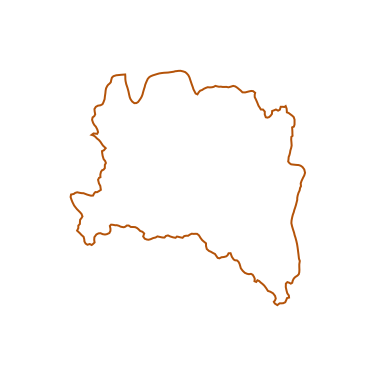 the district of Carmo do Rio Claro, Minas Gerais, Brazil, rotated 340°
{"feature_id": "56859067B34842563425627", "entity_name": "Carmo do Rio Claro", "entity_type": "district", "adm_level": 2, "iso_a3": "BRA", "parent_name": "Brazil", "parent_adm1": "Minas Gerais", "projection": "equal_earth", "projection_center": [-46.114, -20.993], "detail": "fine", "context": "isolated", "style": "outline", "palette": "amber", "viewbox_px": 384, "rotation_deg": 340, "n_neighbors": 0, "source": "geoboundaries", "source_scale": "gbopen_adm2", "svg_char_len": 5139}
<svg xmlns="http://www.w3.org/2000/svg" viewBox="0 0 384 384"><g transform="rotate(340 192 192)"><path d="M269.7,293.7L269.7,291.3L270.2,289.2L270.7,287.1L271.2,284.9L271.8,282.3L272.3,280.0L272.9,276.9L273.3,273.8L273.6,270.3L273.7,267.5L274.0,265.1L274.1,261.8L274.3,258.5L274.7,255.3L275.7,253.0L276.7,251.3L277.7,249.7L279.0,247.8L280.7,245.8L281.9,244.0L283.3,242.3L285.2,239.8L286.9,237.3L288.2,235.4L288.9,233.5L290.0,231.6L291.7,229.3L293.7,227.3L294.9,225.2L296.4,223.8L297.1,221.1L298.7,219.1L299.9,217.9L301.4,216.4L303.1,214.9L304.8,212.6L305.2,209.2L304.4,206.4L303.1,204.5L301.5,203.2L299.7,202.4L297.8,201.5L296.0,200.6L294.6,199.9L293.5,198.3L292.8,196.3L293.8,194.4L294.8,192.2L296.2,190.6L297.5,188.7L298.6,186.7L300.2,184.6L301.5,182.5L302.3,179.8L303.1,176.8L304.2,174.2L305.7,173.6L306.2,171.8L307.0,169.5L307.6,167.6L308.2,165.5L310.1,165.4L311.4,163.7L312.3,161.3L313.1,159.1L313.2,156.4L312.3,154.6L311.0,152.6L309.8,150.8L308.4,149.6L309.4,146.2L309.4,143.3L307.9,143.7L306.5,143.0L304.5,142.3L302.7,144.7L300.7,145.0L299.1,143.2L296.9,143.3L295.0,143.3L293.8,146.0L291.8,147.3L290.0,148.0L288.3,147.9L286.9,147.0L286.9,144.0L287.9,141.3L286.9,138.8L284.9,138.0L284.5,135.8L284.0,133.7L283.9,130.2L283.7,126.9L283.4,124.3L284.2,122.0L285.3,120.4L283.9,118.1L282.2,117.3L280.2,117.0L276.0,116.6L273.5,115.6L272.5,113.4L271.3,111.4L270.2,109.5L268.8,107.6L267.0,106.4L264.8,106.3L262.1,106.1L260.1,104.9L258.7,104.5L256.8,103.8L255.2,102.9L253.3,102.3L251.7,101.3L250.3,100.3L248.3,100.6L246.6,100.4L244.5,99.8L242.6,98.9L240.5,98.9L238.4,99.1L236.4,99.6L234.3,99.6L232.4,100.6L230.5,102.1L229.1,100.7L228.8,98.3L228.5,96.1L228.6,93.9L228.6,90.4L228.7,86.5L228.8,83.5L228.5,81.0L227.7,78.9L226.7,77.1L225.0,75.7L222.7,74.2L220.6,73.5L219.1,73.2L217.6,72.8L215.9,72.7L213.9,72.3L212.0,71.9L210.5,71.6L208.8,71.1L206.5,70.4L204.4,69.9L201.9,69.4L199.3,69.2L197.2,69.1L195.1,69.0L193.0,69.1L191.3,69.4L189.2,70.5L187.3,72.4L185.9,73.9L184.6,75.4L183.5,77.1L182.3,78.6L181.2,80.1L179.9,81.9L178.9,83.4L177.4,85.1L175.9,86.4L173.8,87.9L172.1,89.0L170.2,89.4L168.2,88.8L166.7,86.5L166.0,83.8L165.9,81.8L166.2,79.2L166.7,75.7L167.0,72.1L167.1,68.1L167.5,65.1L168.0,63.0L168.8,60.8L169.4,58.7L167.2,58.1L165.4,57.6L163.4,57.1L160.7,56.4L157.8,56.3L155.9,57.1L154.5,59.0L153.2,61.1L151.5,62.0L150.0,62.5L148.6,63.4L146.7,65.2L145.5,67.2L144.4,69.5L142.9,72.3L141.6,74.9L140.4,76.3L139.3,77.6L137.9,78.9L135.7,79.2L133.1,78.7L130.7,79.1L128.7,80.7L128.1,83.0L127.6,85.9L126.1,87.3L124.1,87.9L122.8,90.0L122.7,93.1L123.1,95.5L124.0,97.8L124.4,100.9L124.2,103.6L122.8,104.9L121.1,104.1L119.5,103.3L117.2,104.0L118.7,105.1L120.0,106.9L121.0,109.2L122.3,111.3L123.1,113.4L123.6,115.6L124.2,117.9L125.9,121.3L123.4,122.7L121.4,122.8L120.9,124.8L120.4,127.4L120.2,130.9L121.0,133.2L121.0,135.3L119.4,136.7L118.2,139.8L116.4,140.8L114.9,140.8L113.3,142.0L111.8,144.3L111.0,146.8L109.5,146.9L107.9,148.4L107.5,152.1L107.9,154.9L107.1,158.8L104.6,159.4L102.7,159.7L101.2,159.0L99.5,159.9L97.8,161.5L95.8,160.9L94.1,159.7L92.6,158.6L91.1,157.3L89.6,156.0L87.8,155.3L85.9,154.2L84.0,153.0L81.9,152.9L80.2,153.4L77.5,153.0L76.2,155.2L76.1,157.7L76.2,160.7L76.6,164.3L77.3,166.6L78.0,168.7L79.1,171.1L79.9,172.8L80.7,174.9L80.7,177.5L79.1,178.8L77.4,179.8L76.5,181.7L75.7,183.7L73.7,184.7L72.8,187.1L70.8,189.0L72.5,192.3L73.5,194.7L74.8,197.0L74.6,199.4L74.0,201.8L74.4,204.1L75.7,205.8L78.1,205.9L79.6,207.5L81.2,207.0L83.2,206.1L83.7,203.6L84.8,201.1L87.6,199.2L90.0,198.9L91.9,199.4L93.7,201.1L95.7,202.2L97.6,202.5L100.3,202.3L102.0,200.7L102.8,198.7L103.2,195.8L104.8,195.0L106.5,195.8L108.5,197.0L110.0,197.5L111.7,198.7L113.0,200.1L114.4,201.0L115.9,201.8L117.5,201.8L119.3,201.2L121.1,201.9L122.5,203.9L124.8,204.8L126.6,205.6L127.9,206.9L128.9,208.5L130.0,210.9L131.8,212.4L132.9,214.6L130.9,217.1L131.6,219.7L133.3,221.2L134.8,222.0L137.0,222.2L139.8,222.0L142.2,222.3L144.3,221.9L146.2,223.1L148.6,224.6L150.6,225.4L152.4,224.4L154.6,224.6L156.4,226.4L158.8,228.2L160.9,229.4L162.6,228.7L163.9,229.5L165.5,230.6L167.5,231.8L169.6,230.8L171.6,231.1L173.4,231.8L175.4,231.3L177.5,231.1L179.1,231.9L180.8,232.4L182.5,233.1L183.7,235.1L184.3,238.1L185.1,240.7L186.1,242.5L187.6,245.0L186.7,247.6L186.4,250.6L187.8,253.2L189.3,254.6L190.7,256.3L192.4,258.1L193.0,260.5L193.6,262.7L195.1,263.7L197.4,263.4L199.7,264.0L202.1,264.2L203.8,263.6L205.4,262.1L207.3,262.7L207.3,266.6L208.1,269.7L209.2,271.0L210.8,271.6L211.8,273.4L212.1,275.7L212.0,277.7L211.8,280.4L212.7,283.4L214.0,286.0L215.8,287.7L217.4,288.7L219.4,289.1L220.7,290.5L221.2,292.9L221.3,295.0L220.2,297.2L221.6,298.5L223.3,297.3L224.7,298.7L225.5,300.4L226.8,302.5L227.9,304.7L228.8,307.7L229.5,310.9L231.5,312.5L233.5,314.9L234.5,318.0L234.3,320.7L232.9,322.3L231.3,323.2L231.7,325.1L233.5,327.5L236.2,326.6L237.9,327.2L239.7,327.7L241.9,327.5L243.6,325.8L245.0,324.2L247.1,324.4L247.6,322.3L246.9,319.9L247.1,317.1L247.6,313.4L248.9,310.2L250.8,309.3L252.3,310.5L253.5,311.9L255.1,311.6L256.4,309.7L258.1,308.1L260.0,307.2L262.6,306.6L264.2,305.8L265.3,304.2L266.3,301.9L267.2,299.1L268.1,296.6L269.7,293.7Z" fill="none" stroke="#b45309" stroke-width="2"/></g></svg>